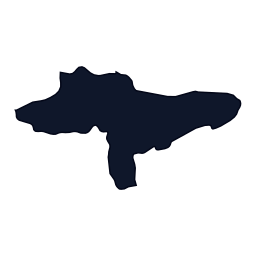 map outline of Varaždinska (Natural Earth projection)
{"feature_id": "HRV-1610", "entity_name": "Varaždinska", "entity_type": "County", "adm_level": 1, "iso_a3": "HRV", "parent_name": "Croatia", "parent_adm1": "", "projection": "natural_earth1", "projection_center": [16.282, 46.204], "detail": "fine", "context": "isolated", "style": "filled", "palette": "ink", "viewbox_px": 256, "rotation_deg": 0, "n_neighbors": 0, "source": "natural_earth", "source_scale": "10m", "svg_char_len": 2010}
<svg xmlns="http://www.w3.org/2000/svg" viewBox="0 0 256 256"><path d="M68.1,73.8L69.5,74.1L72.5,73.6L74.8,71.8L76.8,69.4L78.9,67.4L82.0,66.9L84.4,67.9L90.4,73.0L94.0,74.9L98.3,75.7L100.4,75.6L109.4,73.7L115.1,73.8L116.3,72.8L116.2,72.0L116.6,72.2L120.8,74.7L125.8,75.2L127.5,76.2L128.9,77.4L131.6,80.6L132.0,81.5L132.1,82.2L132.3,83.3L132.5,84.7L133.0,86.2L134.3,88.8L135.3,89.9L136.0,90.6L136.7,90.8L167.5,96.6L175.6,96.7L193.1,91.8L195.5,91.4L198.2,92.1L227.1,93.5L233.3,95.3L236.7,98.7L239.1,100.1L239.7,100.5L240.1,101.2L240.4,102.3L240.6,103.6L240.4,105.3L239.7,107.1L237.9,110.2L236.5,114.1L234.3,117.0L230.1,120.4L220.8,125.9L216.0,128.0L212.9,128.9L212.0,128.4L211.2,126.2L210.4,125.3L209.1,125.0L204.9,125.3L195.8,128.1L171.7,141.4L170.9,142.4L170.2,144.7L169.3,146.2L167.9,147.4L164.8,148.6L158.2,149.8L157.0,149.7L156.3,149.3L155.8,148.6L155.3,147.1L154.9,146.7L154.3,146.4L153.4,146.7L144.6,152.5L143.3,153.0L142.1,153.2L138.5,152.8L137.6,152.9L133.8,153.9L132.9,155.5L132.7,157.9L134.6,164.3L135.2,168.0L134.6,179.6L136.2,185.3L128.4,186.7L124.3,188.8L121.4,189.1L119.7,189.0L119.0,188.6L117.5,187.2L116.6,186.0L115.9,184.7L114.8,180.7L114.1,179.3L110.1,173.6L108.3,157.1L108.7,154.5L108.9,151.7L110.0,147.4L110.0,145.7L109.8,144.5L109.6,144.1L107.9,141.3L106.8,138.9L106.8,137.1L108.0,133.1L107.6,132.0L106.6,131.5L103.5,131.8L101.6,131.4L100.1,130.5L98.8,128.1L97.8,126.7L96.2,125.2L94.8,125.2L93.0,126.0L91.8,127.4L89.7,130.4L88.5,131.7L87.0,132.6L85.5,133.1L80.9,133.0L77.3,131.7L75.0,131.4L73.1,131.5L69.5,132.3L65.6,132.5L62.0,132.3L60.2,132.5L58.6,132.9L55.7,134.1L53.4,134.2L50.6,133.8L43.6,131.5L41.5,131.2L38.0,131.4L35.6,131.2L34.5,130.5L33.8,129.5L33.5,127.8L32.8,125.6L31.7,124.3L30.1,123.4L19.3,120.2L17.4,118.7L16.5,116.9L16.4,114.4L16.0,111.6L15.4,110.2L15.8,110.2L16.5,110.2L25.3,105.9L32.8,102.2L41.2,100.9L44.2,100.2L45.4,99.9L50.6,97.5L55.6,94.5L58.3,91.8L58.9,91.2L60.8,86.8L60.8,82.7L60.2,78.1L60.4,72.4L68.1,73.8Z" fill="#0f172a" stroke="#020617" stroke-width="1.5"/></svg>